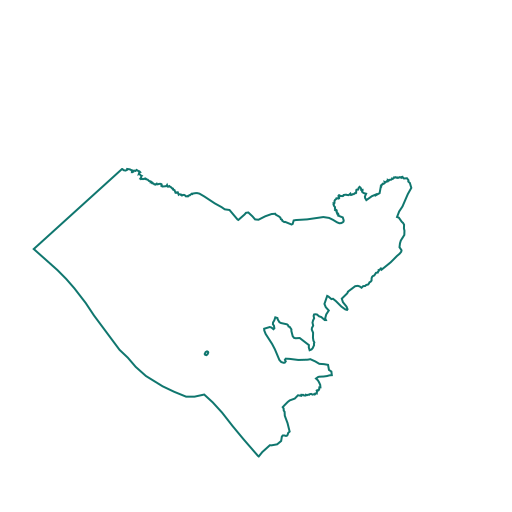 Fizi, Sud-Kivu, Democratic Republic of the Congo, rotated 138°
{"feature_id": "63176286B21708239892428", "entity_name": "Fizi", "entity_type": "district", "adm_level": 2, "iso_a3": "COD", "parent_name": "Democratic Republic of the Congo", "parent_adm1": "Sud-Kivu", "projection": "albers", "projection_center": [28.45, -4.276], "detail": "fine", "context": "isolated", "style": "outline", "palette": "teal", "viewbox_px": 512, "rotation_deg": 138, "n_neighbors": 0, "source": "geoboundaries", "source_scale": "gbopen_adm2", "svg_char_len": 6146}
<svg xmlns="http://www.w3.org/2000/svg" viewBox="0 0 512 512"><g transform="rotate(138 256 256)"><path d="M388.1,105.2L382.5,106.1L372.3,106.1L371.3,105.0L366.3,101.9L361.1,101.7L357.6,104.5L356.2,104.7L355.0,103.6L354.2,102.3L353.4,101.8L352.3,101.9L350.4,103.0L348.5,103.0L344.4,110.7L341.5,118.0L339.0,121.1L338.8,122.6L337.5,124.2L337.3,125.8L335.0,126.0L330.0,126.3L327.5,126.1L322.6,124.1L318.0,124.4L315.9,121.8L315.2,122.5L313.8,121.2L313.8,120.5L312.8,119.3L312.3,119.1L311.8,119.5L311.1,118.4L309.8,117.9L309.4,117.3L308.4,117.3L307.3,116.6L306.8,115.2L305.2,114.4L305.1,113.8L304.7,113.7L303.9,114.1L303.2,113.5L302.8,113.6L302.7,113.3L301.2,114.6L300.9,115.4L300.4,115.3L300.0,114.8L299.2,114.8L299.2,114.4L298.3,114.6L296.8,116.0L296.0,115.3L294.5,117.3L293.7,119.8L293.2,122.1L293.4,124.8L290.8,124.5L289.8,124.0L286.4,121.2L283.6,119.3L281.2,118.1L279.4,116.7L277.3,119.7L278.0,122.5L275.3,126.9L277.9,130.2L281.1,133.5L282.5,138.0L284.7,143.0L286.9,144.3L294.1,150.4L299.8,157.0L302.6,159.8L304.0,159.5L304.4,157.8L306.0,157.5L306.9,158.1L308.2,160.3L308.2,163.1L304.4,174.0L302.9,179.8L301.0,191.6L299.7,195.1L298.6,196.5L293.3,194.0L292.4,192.5L292.0,189.9L290.7,190.0L289.3,192.2L289.1,194.0L287.8,195.2L285.5,195.9L282.7,197.5L281.6,195.6L282.3,194.3L282.9,191.1L282.3,189.5L278.7,184.5L278.5,183.2L279.0,181.8L278.4,180.8L278.8,177.8L279.9,176.6L282.4,171.8L282.5,169.6L281.5,168.3L278.4,165.8L276.3,154.4L277.9,152.8L279.2,150.1L277.3,149.4L275.5,149.6L272.5,150.9L271.6,152.1L270.5,152.7L270.0,154.6L268.4,157.1L264.9,160.8L263.8,164.0L262.6,165.1L260.1,166.0L258.6,168.7L256.6,170.0L254.5,170.8L253.3,172.9L252.0,173.7L251.0,173.1L249.8,171.7L249.5,169.0L248.3,166.9L247.8,162.4L246.9,161.6L246.3,163.4L242.9,165.6L238.4,166.8L238.4,171.3L237.2,174.6L229.8,178.7L229.3,177.4L228.8,173.5L227.4,172.7L226.8,169.0L226.4,161.3L225.4,156.6L224.4,155.0L223.6,155.2L222.6,157.8L222.3,163.5L220.8,166.9L213.5,167.2L212.0,167.6L211.6,168.0L202.5,167.2L200.3,165.7L199.3,164.0L198.8,161.8L196.5,161.9L195.0,160.7L193.4,160.7L191.8,159.8L190.4,160.0L189.4,160.5L188.0,160.2L186.6,160.4L185.0,162.1L183.7,162.8L182.6,162.9L181.1,162.4L178.1,163.2L176.5,162.2L175.7,162.8L175.0,162.7L174.3,163.2L173.8,163.1L173.8,163.3L172.2,162.6L172.0,163.2L171.6,163.3L171.3,162.9L171.7,161.8L160.1,161.2L151.3,161.7L147.7,161.6L145.2,162.0L144.0,162.9L143.5,166.5L140.5,169.1L138.0,170.6L131.7,172.4L128.8,175.4L127.6,177.5L125.0,180.2L124.6,182.2L124.8,183.9L124.2,188.9L125.1,190.6L119.8,193.3L114.0,194.8L101.8,200.4L95.0,202.7L92.8,207.3L93.0,209.4L92.0,210.3L91.8,212.8L94.2,214.6L94.3,216.6L94.5,216.6L94.3,216.9L95.2,217.4L95.8,217.3L95.9,217.8L97.0,218.4L96.7,218.4L96.8,218.7L97.8,218.8L98.5,219.3L98.5,219.9L99.4,220.3L99.4,221.0L99.8,221.4L100.5,221.6L100.8,222.0L101.3,221.7L102.7,221.8L103.0,222.5L103.5,222.2L104.6,222.3L105.5,223.1L106.5,223.1L107.1,224.4L107.8,223.6L108.0,224.0L108.9,223.7L109.1,224.1L110.5,224.1L110.9,225.0L111.3,224.3L112.1,224.1L113.1,224.4L113.4,224.8L113.7,224.6L114.2,224.8L114.5,224.6L115.2,224.9L115.8,224.4L117.0,224.7L116.6,224.4L116.8,223.6L117.2,223.5L117.3,223.7L122.1,220.0L126.1,220.9L125.5,221.4L129.8,222.9L136.6,223.7L136.1,226.1L135.3,227.3L132.5,228.6L133.8,230.6L134.2,232.2L134.1,232.9L132.8,233.5L132.5,233.9L133.6,234.7L132.9,235.8L132.6,236.8L132.8,238.1L134.2,237.9L135.6,237.0L136.9,238.0L137.3,237.9L139.4,235.9L139.8,235.9L140.6,236.6L141.9,236.5L142.9,237.3L143.8,237.3L144.6,237.8L144.1,239.2L146.4,239.2L147.6,240.5L147.8,241.0L148.7,241.8L150.1,242.7L150.9,242.3L151.5,242.5L153.1,244.1L153.4,245.4L153.8,245.7L154.5,245.5L155.2,243.6L155.5,243.3L156.2,243.4L157.0,244.6L157.6,245.0L157.9,244.7L159.6,244.8L160.8,244.4L162.2,242.9L162.7,242.7L162.6,243.1L163.0,243.3L163.1,242.8L163.9,242.5L164.5,241.0L164.6,239.4L165.9,238.1L165.7,237.0L166.4,236.9L166.1,236.2L165.6,236.0L165.8,235.4L166.2,235.4L166.6,234.9L167.2,233.4L167.3,233.1L166.7,233.1L166.6,232.6L167.0,231.6L167.9,231.0L165.7,226.6L167.0,223.8L168.0,223.0L169.0,223.0L170.6,223.4L172.1,224.5L173.2,226.7L174.6,231.4L176.2,235.4L179.9,239.9L193.5,249.0L202.4,256.1L204.2,257.2L207.3,255.3L208.5,255.6L211.5,261.8L212.3,262.3L212.9,264.6L212.4,265.6L212.9,266.7L212.2,268.3L212.5,270.1L213.7,273.6L213.4,274.5L216.4,276.8L222.5,279.3L229.9,281.3L232.2,283.8L232.1,287.8L232.6,293.5L234.6,294.8L236.6,294.5L245.0,294.6L245.3,295.5L244.9,307.9L248.0,311.6L248.9,315.4L251.4,322.6L254.6,334.9L256.3,340.2L257.7,342.2L258.9,343.2L261.2,344.7L261.8,344.6L262.1,345.3L264.5,345.4L264.8,345.8L266.5,345.8L266.7,346.3L267.2,346.3L268.2,347.3L268.1,348.1L268.5,349.4L269.4,350.2L270.5,350.5L270.4,351.4L270.9,351.6L271.1,352.6L271.9,353.4L272.4,353.4L271.5,355.7L272.3,356.3L272.6,356.0L273.5,356.8L272.5,359.5L273.2,360.6L273.0,361.3L272.8,361.2L272.6,361.5L272.7,362.0L273.1,362.3L273.2,364.5L273.7,365.3L273.6,366.0L274.4,366.3L275.0,366.3L275.3,366.8L274.7,368.2L275.3,368.0L276.6,368.4L279.1,370.3L279.1,371.0L279.4,371.4L279.2,371.6L278.7,371.6L278.4,372.1L278.2,372.5L278.5,373.3L279.7,374.4L281.0,375.0L281.6,375.5L281.4,376.2L283.0,376.4L283.1,376.9L283.6,377.2L283.7,378.4L284.4,379.4L283.9,379.9L284.1,380.6L284.5,380.7L284.4,381.4L284.9,381.5L284.5,382.1L285.3,383.3L285.4,385.1L286.4,386.7L286.1,386.8L286.2,387.3L286.8,387.6L286.7,387.9L288.5,388.7L289.2,389.6L290.0,390.1L289.9,390.3L290.2,390.9L288.8,391.2L287.8,392.1L287.4,392.1L287.7,392.8L287.7,394.1L288.0,395.2L288.3,395.3L287.0,396.1L286.6,396.0L286.4,396.6L286.0,396.3L286.0,397.0L286.5,397.7L287.2,399.9L288.6,399.8L289.3,400.9L290.3,401.3L290.8,401.2L290.9,400.8L291.8,401.0L292.0,401.2L291.6,401.4L291.5,402.1L290.7,402.5L291.5,403.9L291.7,404.7L293.5,406.9L294.3,406.3L295.8,406.8L297.0,408.4L297.1,410.0L297.4,410.3L416.5,409.9L413.0,378.4L412.4,365.9L412.6,353.7L414.0,335.1L416.2,320.3L420.2,277.6L419.3,266.2L419.6,254.1L418.1,240.5L412.6,221.7L407.7,209.9L402.1,198.3L395.8,192.6L387.2,187.7L386.1,176.2L386.0,162.4L387.2,145.2L387.9,127.9L388.3,106.2L388.1,105.2ZM356.2,216.1L357.8,215.4L359.2,215.5L359.9,216.6L359.7,217.5L357.7,218.3L356.2,217.9L355.8,217.0L355.9,216.5L356.2,216.1Z" fill="none" stroke="#0f766e" stroke-width="2"/></g></svg>